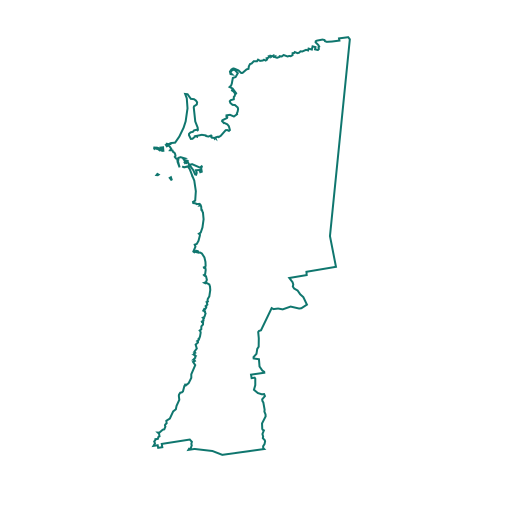 the district of Wollongong, New South Wales, Australia, rotated 162°
{"feature_id": "25037944B78024073086928", "entity_name": "Wollongong", "entity_type": "district", "adm_level": 2, "iso_a3": "AUS", "parent_name": "Australia", "parent_adm1": "New South Wales", "projection": "albers", "projection_center": [150.898, -34.342], "detail": "fine", "context": "isolated", "style": "outline", "palette": "teal", "viewbox_px": 512, "rotation_deg": 162, "n_neighbors": 0, "source": "geoboundaries", "source_scale": "gbopen_adm2", "svg_char_len": 6147}
<svg xmlns="http://www.w3.org/2000/svg" viewBox="0 0 512 512"><g transform="rotate(162 256 256)"><path d="M291.0,122.2L293.1,122.6L296.6,125.1L299.3,129.4L296.6,133.4L294.6,139.5L294.9,140.7L297.9,141.2L297.4,144.7L284.2,142.4L284.0,143.3L285.4,145.1L286.8,149.8L285.1,156.9L289.9,159.3L289.6,160.6L285.8,162.8L283.5,167.3L281.5,168.9L278.8,176.8L277.4,183.0L276.3,183.8L274.2,183.8L257.2,201.6L255.8,200.1L251.2,199.2L247.1,197.0L238.7,197.2L231.2,192.7L229.0,192.3L222.6,194.0L223.7,202.3L225.8,205.9L227.1,210.3L229.8,213.3L230.2,214.8L230.4,215.6L229.4,217.3L229.3,219.7L231.1,224.8L213.7,222.2L212.9,225.4L183.3,221.0L179.5,252.1L99.8,433.1L100.7,435.6L109.8,437.3L110.1,435.1L117.5,436.5L122.5,437.8L124.0,439.0L124.1,440.2L125.9,441.3L131.5,442.0L132.8,441.8L133.3,440.8L131.5,437.3L131.2,435.6L132.0,435.3L132.3,433.4L133.5,432.8L136.0,434.3L134.9,436.3L137.4,437.9L139.1,435.1L141.9,437.0L142.9,435.4L144.7,436.6L148.8,436.2L150.4,436.9L152.3,436.0L153.9,436.1L156.1,438.0L157.0,437.3L158.5,437.6L159.2,435.7L161.3,435.3L162.6,436.0L164.3,436.0L167.6,438.6L169.9,437.8L171.7,438.7L172.1,438.1L174.7,438.0L176.5,439.3L176.1,439.9L177.4,439.9L177.3,441.3L180.0,440.7L179.7,441.5L180.6,442.1L181.1,441.7L182.1,442.0L182.2,441.1L182.9,440.7L184.8,440.8L184.8,439.4L186.4,438.9L187.8,440.2L189.1,439.8L191.8,440.3L193.4,442.1L194.9,440.9L198.0,441.9L200.7,440.4L202.4,440.4L204.2,438.6L205.3,436.3L207.3,436.4L212.2,434.3L213.5,434.6L215.3,437.9L218.6,440.8L219.7,441.4L221.7,441.0L223.8,439.4L224.0,436.9L222.7,436.2L223.5,437.7L223.2,438.9L221.2,440.1L219.7,440.0L218.6,439.4L216.8,435.5L220.1,432.5L223.0,432.5L225.7,427.5L227.0,425.8L228.9,424.9L226.5,422.5L224.6,416.9L224.9,416.7L226.2,419.2L227.8,421.3L228.2,421.5L226.5,419.4L225.6,416.7L226.9,414.7L227.9,414.2L228.7,411.9L231.9,412.0L233.1,411.3L233.1,409.5L231.6,407.0L229.4,406.1L227.5,402.9L227.6,401.3L228.8,399.1L230.1,397.5L230.8,397.3L230.2,397.2L230.2,396.7L233.9,395.5L237.1,398.3L240.6,398.9L241.0,397.9L240.4,396.9L240.9,396.2L246.0,395.5L246.6,394.8L245.2,391.7L245.4,392.7L242.6,390.1L241.7,387.8L241.9,383.9L242.9,383.5L242.5,382.8L244.5,384.7L246.0,385.0L252.4,381.2L254.8,380.6L255.2,381.2L257.3,381.3L258.1,381.0L258.1,380.5L258.4,381.0L259.0,380.6L259.0,381.1L261.5,382.2L261.8,382.9L261.2,383.9L261.5,384.5L264.3,384.3L266.4,385.5L266.5,386.2L270.1,388.0L275.6,388.6L275.2,388.2L275.3,387.8L276.4,388.7L280.2,387.1L281.8,387.5L282.4,391.7L281.9,392.9L280.0,393.8L277.7,393.6L276.1,394.6L273.3,394.4L272.9,393.7L273.5,393.1L272.3,393.8L271.8,396.2L272.2,402.7L269.3,416.5L268.7,417.5L265.5,418.4L264.5,420.4L265.1,422.4L266.5,424.3L269.4,425.6L271.1,431.0L273.3,432.0L273.1,427.4L275.5,417.6L281.3,405.8L285.2,400.4L292.0,393.3L297.9,388.8L302.0,389.7L302.9,389.6L302.9,389.0L304.4,389.4L305.1,389.0L305.2,389.8L306.2,390.3L306.6,389.4L307.3,389.4L306.9,387.9L305.3,388.2L304.3,387.0L303.5,384.1L305.0,383.1L302.8,382.2L302.6,380.4L301.7,379.6L301.4,378.2L301.6,376.1L302.6,375.4L301.9,373.4L300.9,372.7L301.5,369.6L301.3,363.9L300.8,372.2L300.3,372.6L299.9,372.1L299.4,373.3L297.2,373.3L293.5,370.8L295.0,370.7L294.3,368.3L293.1,368.6L292.2,368.0L295.0,367.1L294.8,366.3L292.0,367.2L291.9,366.9L292.7,366.7L293.3,365.8L292.8,365.4L293.2,365.9L292.7,366.6L291.8,366.4L291.5,363.9L289.9,363.1L288.4,363.1L282.0,357.4L280.0,358.1L279.9,357.7L281.0,356.5L281.5,353.3L282.6,353.9L282.6,352.9L283.1,352.9L283.1,355.2L286.6,356.1L286.7,353.3L287.8,351.8L288.7,352.4L289.1,356.9L290.6,361.5L291.9,362.3L296.8,362.6L298.6,363.9L296.9,362.5L293.1,362.1L292.2,359.1L291.8,351.9L292.8,351.8L291.8,351.6L291.4,346.8L293.2,336.2L296.7,327.5L299.2,326.9L299.3,325.7L297.1,324.7L296.5,323.7L293.5,323.0L293.1,321.9L293.9,321.4L292.9,321.2L292.9,319.7L293.7,316.7L293.1,316.2L293.3,314.9L293.0,313.8L294.5,307.1L298.1,299.7L301.3,295.4L303.4,294.8L302.7,293.8L303.0,292.9L306.0,288.2L308.6,285.8L310.8,285.7L310.7,283.6L314.2,279.6L313.5,278.6L312.8,278.9L312.0,278.4L312.3,279.0L311.4,279.5L309.8,278.6L309.4,276.9L308.0,276.5L306.7,275.1L305.5,270.6L305.9,266.0L306.9,262.4L307.5,261.4L309.1,261.3L309.1,260.8L307.9,259.9L308.2,258.2L310.0,254.4L311.4,254.0L310.9,253.0L309.8,252.2L310.1,248.5L311.7,246.6L313.4,246.5L312.5,245.6L311.3,245.6L309.2,243.4L309.2,241.1L310.0,237.8L312.9,232.0L315.1,230.1L315.9,228.6L315.8,227.7L316.8,227.5L316.5,227.2L317.2,226.5L317.3,224.8L319.4,223.9L319.0,222.8L319.9,221.8L320.8,221.2L321.5,221.7L323.0,220.3L321.6,219.1L322.0,218.5L321.7,217.0L323.8,214.1L325.6,213.7L324.9,212.7L325.8,211.8L325.9,210.8L327.8,210.4L327.8,209.7L326.9,209.1L327.6,207.2L329.7,206.0L330.7,203.2L332.6,202.5L332.2,201.6L332.3,200.2L334.1,196.8L335.3,195.3L336.1,195.1L336.1,194.1L338.1,193.3L337.6,192.7L337.9,191.7L340.8,190.4L340.9,186.3L344.1,184.1L343.7,182.8L345.0,182.7L344.7,181.5L344.9,180.8L345.3,180.9L344.2,179.5L344.9,179.1L345.2,178.0L347.6,176.8L346.9,176.5L346.5,175.1L348.6,174.7L347.5,171.0L354.1,163.5L355.2,160.1L359.2,156.0L361.2,155.1L363.0,155.5L362.9,154.6L364.3,154.5L367.3,149.8L368.7,149.2L370.3,149.4L372.0,148.0L372.6,146.9L373.4,142.9L377.9,138.0L379.6,135.0L382.8,133.8L388.2,128.0L392.2,127.0L392.7,124.5L394.5,123.7L395.0,122.8L394.9,121.7L396.8,119.5L398.4,119.6L402.4,117.9L403.9,118.4L403.1,117.0L403.5,114.3L404.6,114.2L405.9,112.4L408.3,112.9L408.8,111.8L410.1,111.1L410.0,109.0L412.2,107.1L408.0,106.4L408.3,103.8L404.2,103.1L403.7,106.4L375.7,101.9L374.4,99.1L375.6,97.2L375.6,95.8L377.9,92.7L379.2,93.4L380.2,92.5L374.1,91.5L357.7,84.0L349.5,77.3L307.9,69.9L308.5,71.0L308.0,72.9L306.0,74.5L304.6,77.0L304.6,78.1L305.8,80.7L305.0,82.1L304.9,84.7L302.4,87.7L303.3,88.6L303.5,89.6L302.0,94.9L296.4,100.5L295.9,102.4L296.1,105.4L295.3,107.2L294.3,114.4L294.7,116.1L294.4,117.8L290.8,120.0L291.0,122.2ZM312.5,387.7L313.1,387.9L313.1,387.2L314.0,386.9L315.1,388.5L316.5,389.5L317.3,388.6L316.3,388.1L314.8,386.1L313.6,386.6L312.8,385.0L311.6,384.7L310.8,388.1L312.8,388.5L312.5,387.7ZM312.6,354.8L312.6,357.2L313.9,356.9L313.1,354.7L312.6,354.8ZM325.6,363.7L324.5,363.2L323.5,363.5L324.4,364.5L325.6,363.7ZM318.0,390.1L319.2,390.6L319.6,389.9L319.5,389.4L318.0,390.1Z" fill="none" stroke="#0f766e" stroke-width="2"/></g></svg>